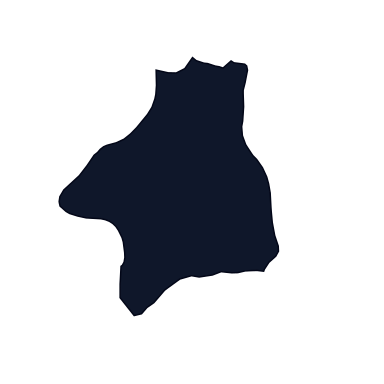 outline of Jangphung, Hwanghae-bukto, North Korea, rotated 310°
{"feature_id": "82179303B70820658627831", "entity_name": "Jangphung", "entity_type": "district", "adm_level": 2, "iso_a3": "PRK", "parent_name": "North Korea", "parent_adm1": "Hwanghae-bukto", "projection": "mercator", "projection_center": [126.771, 38.094], "detail": "fine", "context": "isolated", "style": "filled", "palette": "ink", "viewbox_px": 384, "rotation_deg": 310, "n_neighbors": 0, "source": "geoboundaries", "source_scale": "gbopen_adm2", "svg_char_len": 1400}
<svg xmlns="http://www.w3.org/2000/svg" viewBox="0 0 384 384"><g transform="rotate(310 192 192)"><path d="M262.3,86.2L250.8,96.3L243.5,101.6L239.4,103.8L231.2,106.9L222.8,108.1L205.7,108.3L196.8,107.6L188.8,106.0L180.9,102.3L173.2,96.9L169.8,95.2L165.7,94.3L161.7,94.3L157.3,93.4L144.8,94.7L132.0,95.2L111.2,92.5L103.5,93.8L99.4,96.3L98.4,97.4L96.4,100.0L96.2,108.1L96.9,112.1L100.1,119.8L104.2,127.6L113.0,139.4L115.1,143.4L116.5,147.6L117.0,151.6L116.7,155.8L115.4,160.3L112.1,167.8L109.5,171.6L102.3,179.4L98.7,182.7L94.6,185.1L91.0,185.8L89.5,185.4L75.3,196.1L64.8,204.9L60.2,227.1L66.3,231.6L74.5,231.7L82.7,233.9L99.1,234.1L102.7,234.9L117.5,238.6L127.6,245.4L131.5,252.1L141.6,261.0L149.7,265.5L155.7,274.4L159.7,278.9L165.7,283.4L169.8,287.8L173.8,292.3L177.4,297.8L179.3,297.1L187.5,296.1L196.7,297.4L202.2,296.3L206.0,292.8L211.8,283.3L220.2,273.1L228.5,264.7L231.0,262.3L241.5,252.5L247.5,245.4L251.5,239.6L251.8,239.0L255.9,230.3L258.5,220.6L259.0,215.3L259.5,213.4L261.8,205.7L262.8,202.6L266.3,196.5L267.6,194.3L274.0,188.0L278.9,185.2L290.5,176.7L300.3,167.9L302.8,165.8L303.8,165.3L309.8,162.4L319.0,157.3L321.0,156.2L323.7,152.8L323.7,151.2L323.8,150.3L322.7,148.5L317.9,141.1L317.5,137.7L306.9,136.1L305.4,132.3L303.4,128.9L300.4,121.4L298.3,118.3L295.3,110.7L295.3,106.0L281.9,107.2L273.0,103.4L268.0,97.2L262.3,86.2Z" fill="#0f172a" stroke="#020617" stroke-width="1.5"/></g></svg>